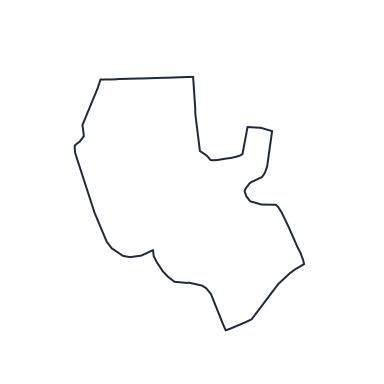 outline of Sa'dah, Sa`dah, Yemen, rotated 155°
{"feature_id": "15242507B19986135931158", "entity_name": "Sa'dah", "entity_type": "district", "adm_level": 2, "iso_a3": "YEM", "parent_name": "Yemen", "parent_adm1": "Sa`dah", "projection": "mercator", "projection_center": [43.754, 16.929], "detail": "fine", "context": "isolated", "style": "outline", "palette": "slate", "viewbox_px": 384, "rotation_deg": 155, "n_neighbors": 0, "source": "geoboundaries", "source_scale": "gbopen_adm2", "svg_char_len": 1489}
<svg xmlns="http://www.w3.org/2000/svg" viewBox="0 0 384 384"><g transform="rotate(155 192 192)"><path d="M120.3,82.2L120.1,82.7L119.4,91.0L119.7,96.9L119.6,101.2L119.3,114.9L119.2,119.7L119.4,135.6L120.2,141.5L120.2,141.9L121.4,145.0L134.2,151.2L143.2,159.0L144.6,165.4L143.9,170.7L141.8,172.5L138.4,174.3L136.3,175.5L134.3,175.9L123.0,176.0L122.2,176.0L117.9,178.5L113.1,183.4L93.7,213.3L102.5,221.1L114.2,227.4L130.2,205.1L132.8,204.7L136.1,205.1L142.0,206.3L146.7,207.8L156.0,210.4L159.7,212.0L160.9,212.5L161.8,213.5L162.1,214.6L162.6,216.6L163.3,218.8L165.2,222.1L167.5,225.8L157.3,257.4L156.6,259.5L155.8,261.8L153.8,266.3L152.2,270.4L145.7,287.2L142.4,295.7L143.9,296.6L158.5,302.8L161.4,304.0L172.2,308.7L181.8,312.8L185.6,314.4L199.2,320.4L210.8,325.4L214.9,326.9L226.3,332.1L227.4,332.6L233.7,325.9L235.6,324.1L244.3,316.2L251.5,309.5L251.7,309.4L258.5,303.1L261.5,300.4L262.4,299.5L263.0,299.0L265.2,291.9L266.2,289.0L266.5,288.2L272.6,285.1L276.0,284.4L278.5,283.7L279.6,281.8L281.4,276.8L289.1,214.3L290.3,183.0L288.6,175.0L281.5,163.2L275.6,159.1L264.9,155.8L252.0,155.8L252.0,155.4L253.8,150.1L253.6,143.5L252.6,136.8L252.0,132.4L250.3,127.6L249.7,125.6L247.7,121.7L246.8,119.9L245.8,118.0L234.6,111.5L233.4,111.3L226.5,106.1L222.3,102.8L219.8,98.7L218.0,92.0L218.1,88.6L218.2,87.1L219.8,58.4L219.9,52.4L217.8,52.2L215.6,52.0L207.7,51.7L199.5,51.4L191.8,51.4L152.8,72.1L137.7,77.0L131.2,78.3L120.9,79.3L120.3,82.2Z" fill="none" stroke="#1e293b" stroke-width="2"/></g></svg>